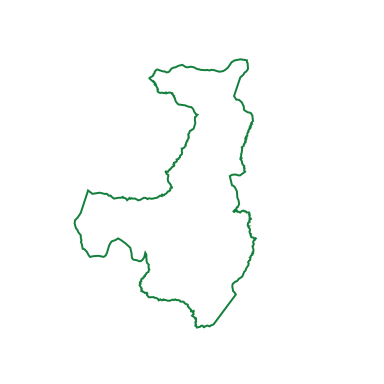 Lupososhi, Northern, Zambia (orthographic projection), rotated 144°
{"feature_id": "96606910B11970238956391", "entity_name": "Lupososhi", "entity_type": "district", "adm_level": 2, "iso_a3": "ZMB", "parent_name": "Zambia", "parent_adm1": "Northern", "projection": "orthographic", "projection_center": [29.571, -10.656], "detail": "fine", "context": "isolated", "style": "outline", "palette": "green", "viewbox_px": 384, "rotation_deg": 144, "n_neighbors": 0, "source": "geoboundaries", "source_scale": "gbopen_adm2", "svg_char_len": 6096}
<svg xmlns="http://www.w3.org/2000/svg" viewBox="0 0 384 384"><g transform="rotate(144 192 192)"><path d="M275.2,254.3L294.4,240.4L299.8,238.4L303.1,238.0L305.3,235.8L307.1,231.2L307.1,228.1L307.6,226.1L307.4,222.4L309.1,220.0L309.7,218.0L311.3,216.8L311.6,215.1L313.8,210.3L312.6,208.8L312.2,205.6L312.8,201.3L312.6,199.3L310.0,198.3L305.2,195.4L301.7,191.5L300.4,191.3L298.7,191.5L296.1,193.1L290.4,197.5L287.1,199.0L285.9,199.2L281.7,198.0L279.1,197.9L277.8,195.1L276.0,189.6L274.7,183.2L277.1,177.6L278.8,175.0L279.4,173.4L279.2,171.8L276.7,169.2L275.3,166.9L273.8,166.1L271.6,166.3L269.0,167.3L265.5,170.3L265.7,168.3L266.7,166.7L267.6,166.3L267.7,165.3L269.7,162.1L270.0,160.6L269.7,158.6L271.6,156.5L272.1,154.4L272.5,154.5L274.3,152.9L276.5,153.2L277.2,152.6L278.7,152.4L279.5,151.6L280.1,152.0L281.2,151.2L281.7,151.5L282.7,150.9L283.8,151.4L285.2,150.5L285.4,149.7L286.3,149.8L287.1,148.9L287.5,149.2L288.0,148.5L287.8,148.0L288.4,148.0L289.2,147.4L289.4,144.2L289.8,143.7L289.5,143.4L291.1,141.8L290.4,141.3L290.7,140.6L290.0,139.9L289.5,138.0L288.5,137.7L288.2,136.5L287.7,136.5L287.8,136.1L289.0,135.3L288.8,132.2L284.7,129.4L284.6,128.6L283.4,127.5L282.4,125.7L282.6,123.9L280.7,123.8L280.2,122.2L278.6,121.9L278.8,121.6L276.9,120.3L275.7,118.5L274.1,117.2L270.8,116.2L269.9,115.0L268.7,115.0L268.0,113.5L266.7,112.7L265.7,111.4L265.9,110.4L265.0,109.4L264.0,108.9L263.1,107.4L263.4,106.3L261.7,103.3L262.7,101.7L262.3,100.9L262.5,99.8L262.0,97.5L262.9,96.1L262.0,95.6L262.0,95.1L260.6,94.9L260.8,94.3L262.1,93.6L262.4,92.3L264.7,91.9L263.5,88.6L263.9,88.0L263.1,87.6L263.7,86.2L265.5,84.8L265.2,84.5L266.4,83.6L266.7,82.4L267.3,82.4L267.9,81.9L267.4,81.0L267.7,79.5L265.8,78.6L264.3,78.2L263.6,78.4L262.3,77.9L261.9,77.3L262.0,75.8L261.5,75.4L260.1,75.6L258.0,74.9L257.3,73.7L256.4,73.2L256.4,72.9L255.4,73.0L252.4,72.2L216.8,83.3L216.6,86.2L217.0,87.6L214.8,92.1L213.0,93.8L209.5,94.0L207.9,93.4L205.4,94.2L201.1,94.0L196.6,96.8L194.8,97.0L192.9,98.4L189.5,99.6L188.0,101.0L188.0,102.1L186.4,102.9L184.9,102.8L183.8,104.0L183.7,104.9L183.1,104.7L181.9,105.8L179.9,105.7L179.7,106.8L179.0,106.7L178.5,107.4L178.1,107.0L176.1,109.3L174.9,112.6L174.0,112.6L172.4,113.8L172.4,114.9L171.5,116.0L170.5,116.5L169.9,116.2L169.1,116.4L169.1,116.9L167.7,116.9L167.7,117.3L169.0,117.7L169.1,119.0L170.4,120.3L170.6,121.1L170.0,122.0L170.0,122.9L169.0,123.4L169.4,124.6L168.7,126.3L167.9,126.6L166.9,128.1L167.0,130.3L166.7,131.3L166.3,131.2L166.6,131.6L166.4,132.5L164.8,134.0L164.3,133.8L163.1,134.4L162.9,134.2L162.5,135.2L161.3,135.5L161.3,136.0L160.8,135.8L160.9,136.3L160.1,136.3L160.4,137.2L160.1,138.0L159.7,138.8L158.9,139.2L159.2,140.2L158.0,140.9L157.9,141.9L159.9,143.4L159.8,144.3L160.4,144.7L160.4,145.5L161.1,145.8L161.3,146.7L162.8,147.3L165.2,147.1L165.7,148.4L166.7,149.1L166.6,150.6L167.1,150.4L167.2,150.9L167.9,150.8L168.2,151.2L169.6,151.1L169.8,151.9L168.4,152.3L166.2,152.3L164.8,153.3L164.0,152.8L161.0,154.5L159.3,157.8L158.6,160.8L155.3,166.1L154.5,170.7L154.9,172.8L155.7,173.9L152.1,182.6L149.8,182.4L148.8,182.0L146.2,180.3L144.8,178.3L143.5,177.2L137.1,177.2L137.1,178.8L135.5,180.3L135.8,181.0L134.4,182.3L134.8,183.5L134.6,185.7L133.7,187.2L133.4,189.4L132.3,190.0L132.6,190.2L132.2,190.3L132.2,190.8L132.6,191.1L130.3,193.0L130.0,193.8L128.7,194.6L125.9,197.6L125.5,198.9L123.1,198.9L121.9,200.2L121.4,200.0L120.3,200.8L119.6,200.7L119.4,201.6L118.7,201.6L118.1,202.1L118.2,202.8L117.4,203.9L116.6,203.2L116.0,203.8L116.1,204.6L115.5,205.2L114.3,204.9L112.8,206.9L110.6,207.7L110.7,208.3L108.9,209.3L107.6,209.1L107.3,210.4L106.4,210.1L106.1,211.1L105.2,210.9L104.6,212.2L103.5,211.8L103.4,213.0L101.0,213.6L98.2,218.4L98.0,221.2L99.0,222.7L100.0,223.6L101.5,227.2L101.6,228.1L99.9,230.6L99.0,235.2L99.8,238.9L101.9,240.8L101.6,244.9L85.6,256.3L81.5,256.7L79.3,257.7L77.1,257.6L74.2,258.8L71.2,263.7L71.3,264.6L70.2,266.3L74.7,270.8L80.1,273.4L83.7,273.7L89.8,271.5L93.2,271.3L95.7,271.5L99.2,273.2L102.9,278.1L104.8,279.6L106.3,280.0L108.3,282.1L109.6,282.7L113.7,286.2L113.9,286.9L115.5,288.3L117.0,291.5L119.2,294.0L122.0,295.3L123.6,296.7L125.1,300.6L129.0,302.1L132.2,302.6L133.5,303.4L136.0,303.9L139.5,302.8L141.0,303.0L142.4,303.9L143.3,305.7L144.4,306.4L148.1,311.5L148.8,311.8L151.4,311.3L152.2,310.3L154.1,309.9L154.4,309.3L155.7,308.9L159.3,309.3L159.7,308.8L158.7,304.7L158.2,304.5L158.5,303.6L157.9,303.3L157.9,301.8L158.6,301.6L159.1,300.9L159.0,300.5L158.6,300.6L158.0,300.0L158.7,299.2L158.9,296.1L159.5,295.7L159.3,294.9L160.6,293.9L160.6,292.6L159.6,290.9L157.7,289.9L156.9,288.6L154.9,288.0L155.2,287.3L154.7,286.9L152.4,286.1L151.2,285.2L150.4,284.1L150.4,283.1L149.9,283.1L150.5,280.5L150.1,280.1L150.8,279.3L150.6,278.5L151.9,274.9L151.7,271.5L151.4,270.7L146.6,266.1L144.9,263.3L142.6,261.0L142.3,258.2L143.0,255.8L143.1,252.7L142.2,251.3L145.1,250.6L145.5,250.8L147.0,249.1L148.9,245.7L153.3,242.4L154.1,242.2L155.6,242.5L156.1,242.2L157.7,242.7L159.9,241.2L161.0,241.0L161.6,239.6L162.0,239.5L162.1,238.7L162.7,238.3L162.7,237.7L165.9,236.3L165.9,235.9L167.7,235.4L168.3,234.6L169.5,234.1L169.7,233.2L173.0,232.4L174.8,233.2L175.1,232.3L176.5,230.7L176.8,229.7L178.1,228.5L180.3,228.4L181.4,227.1L183.3,227.1L183.7,226.6L185.4,227.3L185.9,226.1L186.9,225.6L189.4,226.3L190.0,225.8L189.9,225.4L190.8,225.1L190.5,224.2L191.2,223.6L193.4,223.9L196.4,223.1L196.8,223.4L197.3,223.0L198.5,223.1L199.5,222.4L200.4,222.8L201.0,224.0L201.4,223.9L201.9,221.4L201.2,219.8L201.8,218.8L204.1,216.7L205.2,214.2L204.9,210.5L205.5,209.5L205.4,207.7L205.7,207.3L207.4,207.7L208.7,206.1L209.4,206.4L210.4,206.1L211.4,206.6L213.4,205.9L215.4,206.1L216.4,205.8L216.9,206.0L217.6,207.5L218.4,207.3L218.9,206.5L220.0,207.8L223.6,207.9L228.6,210.2L230.3,212.1L232.2,212.4L232.7,214.1L234.3,215.6L238.6,216.1L240.3,216.8L242.0,220.3L243.9,221.5L244.6,222.5L245.9,222.7L245.9,223.9L249.3,223.5L249.4,225.7L250.3,227.2L251.2,227.8L250.9,228.7L252.9,229.2L255.3,230.8L259.0,232.5L260.0,235.9L259.9,236.9L261.4,237.8L261.7,238.5L261.5,239.1L262.2,240.8L263.5,241.5L267.1,245.7L273.6,249.0L275.2,254.3Z" fill="none" stroke="#15803d" stroke-width="2"/></g></svg>